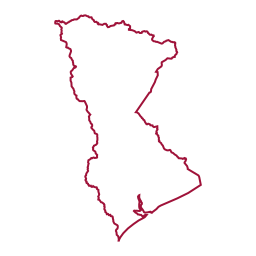 outline of Moma, Nampula, Mozambique
{"feature_id": "85939544B26201267157646", "entity_name": "Moma", "entity_type": "district", "adm_level": 2, "iso_a3": "MOZ", "parent_name": "Mozambique", "parent_adm1": "Nampula", "projection": "orthographic", "projection_center": [39.158, -16.396], "detail": "fine", "context": "isolated", "style": "outline", "palette": "rose", "viewbox_px": 256, "rotation_deg": 0, "n_neighbors": 0, "source": "geoboundaries", "source_scale": "gbopen_adm2", "svg_char_len": 5685}
<svg xmlns="http://www.w3.org/2000/svg" viewBox="0 0 256 256"><path d="M177.0,51.8L176.3,51.0L176.4,49.7L175.3,47.1L175.4,46.6L175.0,45.5L175.2,44.7L175.0,43.8L175.3,43.4L175.2,42.6L174.1,42.1L173.0,42.3L172.2,41.9L171.2,41.9L168.5,40.1L166.3,40.7L165.7,41.3L164.1,41.8L162.5,43.4L161.5,43.6L157.1,41.8L156.1,41.9L155.2,41.4L153.6,41.2L152.3,40.1L152.0,39.1L153.2,36.8L153.8,36.2L153.6,35.4L152.1,35.2L151.4,34.6L150.1,34.8L149.4,34.3L148.3,33.0L147.9,32.9L147.5,31.7L146.8,31.3L146.2,31.3L145.4,31.6L144.4,31.1L143.2,31.4L142.1,31.8L141.7,32.9L140.5,33.0L139.6,32.9L139.2,32.3L138.5,32.0L136.4,32.6L134.6,31.1L132.2,30.2L128.9,29.8L128.9,29.0L130.1,28.3L130.1,26.2L128.4,24.8L127.5,25.1L125.7,24.6L125.5,24.3L124.7,24.4L124.0,21.9L123.2,21.0L122.3,21.2L121.4,22.8L120.7,22.8L119.7,23.3L118.2,23.3L117.5,23.0L115.5,23.2L115.3,23.4L115.4,24.4L114.4,24.8L114.0,25.4L110.5,26.0L109.3,26.9L108.0,27.2L107.2,26.3L106.8,25.5L107.0,25.1L106.2,24.4L105.9,23.8L104.2,23.8L102.4,24.9L99.6,24.3L98.4,24.4L97.9,23.9L98.2,23.0L97.9,22.7L97.1,22.6L96.4,21.8L94.9,22.0L94.7,21.9L94.0,21.1L93.9,20.3L92.4,19.2L91.5,17.3L89.6,17.4L89.0,17.2L88.4,16.3L87.5,16.3L85.7,15.4L85.0,15.4L83.9,15.5L83.4,15.9L82.2,16.0L81.4,15.6L80.7,15.8L79.5,16.9L79.1,17.7L76.8,19.4L74.1,19.4L73.3,19.9L71.4,20.3L70.7,21.1L69.4,21.5L68.8,22.2L67.7,22.6L66.1,23.8L65.5,23.8L65.3,23.3L64.2,22.3L62.9,22.1L62.5,21.4L61.6,21.7L61.3,22.3L60.7,22.2L60.1,21.8L59.2,20.8L58.6,20.8L57.8,21.3L56.7,21.0L55.6,21.1L55.2,22.1L55.3,23.4L55.9,23.6L57.4,23.6L59.0,24.2L60.0,26.1L61.7,27.6L61.7,28.4L61.3,29.4L61.7,30.6L61.4,32.5L62.0,33.6L61.6,34.2L60.9,34.4L60.4,35.1L61.1,37.3L60.8,38.3L61.0,40.0L66.0,42.1L66.6,43.3L66.7,44.6L66.2,47.2L66.6,47.5L67.9,47.6L68.2,48.1L70.4,49.1L71.0,50.6L71.0,51.5L69.6,55.3L69.5,56.3L70.1,57.4L71.2,58.0L71.9,59.7L72.8,60.7L72.9,62.3L73.2,63.0L73.2,64.2L73.7,65.5L74.3,66.0L75.7,66.2L76.0,66.7L75.6,67.3L74.6,67.9L73.8,68.0L72.2,70.4L71.2,71.1L70.7,72.0L71.0,73.8L72.7,76.4L72.3,77.0L70.6,77.6L70.6,80.7L71.4,82.6L71.6,86.4L73.5,88.9L73.8,90.1L74.4,91.3L74.2,92.7L74.5,94.0L76.0,95.4L76.5,95.6L76.3,96.8L76.6,98.5L77.4,99.2L77.9,99.3L78.7,100.4L79.7,101.1L82.7,101.2L84.3,101.0L84.7,101.3L87.0,106.2L87.0,107.7L86.5,109.8L87.6,111.6L89.5,113.6L89.7,114.3L90.2,114.6L88.9,116.5L89.2,118.1L89.2,120.2L90.5,122.2L90.7,123.2L91.0,123.6L91.7,124.0L92.2,125.0L92.1,126.3L91.3,127.2L91.4,127.9L92.2,128.6L92.5,129.3L94.2,130.7L94.8,133.3L96.9,134.1L97.3,134.8L97.2,136.7L97.4,137.4L97.4,140.1L97.0,141.4L97.3,143.0L96.9,143.4L96.8,144.0L96.0,144.8L93.9,145.7L93.8,146.3L92.9,147.4L93.2,148.2L93.0,149.1L93.3,150.3L95.2,151.5L95.5,152.1L95.7,153.4L97.2,155.0L97.0,155.8L97.1,157.4L96.8,157.7L94.7,158.0L93.8,157.5L92.8,157.8L92.3,158.2L91.3,158.0L90.7,158.9L88.4,160.3L88.1,162.5L88.7,163.6L88.3,164.5L88.0,166.4L87.6,167.2L88.0,168.2L87.6,169.2L88.1,170.9L86.4,173.4L86.1,174.5L86.1,175.4L85.5,175.9L85.3,176.4L85.4,177.1L86.1,178.5L86.0,179.3L85.5,179.8L85.5,180.3L85.9,181.0L86.6,181.5L86.7,182.1L86.4,182.7L86.6,183.0L88.0,183.7L88.1,184.4L89.0,185.7L89.4,185.4L90.1,185.9L90.9,185.7L91.5,186.8L92.6,186.8L93.1,186.1L94.4,187.0L95.8,187.4L96.6,187.3L97.0,188.1L97.1,189.1L98.4,189.9L98.4,191.6L99.2,194.3L98.7,195.8L98.2,196.5L98.8,198.0L98.3,199.1L98.3,199.6L99.5,200.0L101.0,202.2L102.0,202.4L103.9,203.8L103.9,204.3L104.5,205.0L104.2,206.3L104.7,207.0L104.3,209.0L104.6,209.7L105.2,210.3L105.3,212.0L106.3,212.6L106.8,214.2L108.1,214.0L108.8,215.1L110.3,214.8L110.6,215.3L110.7,216.1L112.4,216.4L112.7,216.9L113.0,219.1L113.3,219.9L113.3,221.3L114.0,222.9L114.5,223.6L117.3,225.2L117.8,226.0L117.7,227.7L117.4,228.7L116.3,229.6L115.9,230.9L116.5,232.4L116.7,234.8L117.9,235.9L118.3,236.6L118.8,239.2L118.6,240.6L118.9,240.6L119.2,239.4L120.4,237.2L123.3,233.2L128.0,228.4L133.6,224.0L138.6,220.5L143.9,217.7L144.9,217.0L146.6,215.0L145.3,214.9L144.4,215.4L144.1,216.1L143.2,216.1L143.0,216.4L142.6,216.5L141.1,214.9L139.9,214.9L139.3,214.6L137.8,214.4L137.3,213.6L135.4,212.5L133.9,211.0L134.1,210.7L134.5,210.6L135.3,210.8L136.5,210.7L139.4,211.0L140.1,210.8L140.8,210.2L139.5,208.3L139.2,206.9L139.2,204.1L139.5,202.4L139.4,201.2L138.8,199.4L138.4,198.7L138.0,196.7L138.7,195.5L139.3,195.2L139.2,196.5L139.3,198.0L140.2,200.0L141.0,201.2L141.1,201.8L141.9,203.0L141.8,204.1L141.0,205.0L140.8,206.5L141.0,207.5L142.9,210.0L144.1,212.2L144.9,212.6L147.4,212.4L150.4,211.7L150.8,211.9L150.7,212.4L151.6,212.6L152.6,213.3L152.0,212.7L152.2,212.3L156.4,209.1L158.5,206.8L160.8,205.5L177.2,198.4L188.2,193.0L200.8,184.9L199.3,177.4L199.0,176.4L198.4,175.4L187.7,169.0L187.7,168.0L187.1,166.1L184.5,162.9L184.6,162.3L185.6,160.9L186.1,159.2L185.7,158.4L184.7,158.1L184.5,158.7L183.6,158.4L182.8,158.9L182.0,158.5L178.6,158.2L178.2,157.3L177.2,156.6L176.6,155.6L174.6,154.4L173.1,153.0L171.5,152.4L170.4,150.2L169.9,149.9L168.0,150.4L166.7,150.2L164.9,149.4L164.0,148.5L162.8,145.5L161.7,144.4L161.2,143.2L159.0,141.4L159.3,140.5L158.8,140.0L158.9,137.6L158.3,136.7L158.3,135.6L157.2,134.6L156.9,133.6L156.1,133.5L156.2,133.1L156.8,132.6L156.4,131.5L156.8,130.4L157.5,129.6L157.1,128.6L157.4,128.3L157.3,126.3L154.0,127.1L152.8,126.3L152.5,125.4L150.4,125.3L149.9,124.3L148.5,123.8L148.1,123.7L147.2,124.3L146.5,124.2L145.0,122.0L144.3,120.2L143.4,119.8L142.7,118.5L141.9,118.1L141.6,117.3L140.5,116.3L138.6,113.5L136.9,112.3L135.9,112.2L149.4,92.6L150.2,92.4L150.7,92.0L151.0,91.2L151.2,89.1L154.9,82.1L155.7,79.6L157.8,75.3L157.6,72.1L156.0,71.8L157.8,69.0L161.4,66.4L161.9,65.0L161.6,63.0L161.8,62.2L165.6,60.0L167.4,58.3L171.3,58.7L171.8,58.5L172.2,57.7L172.8,57.5L173.2,57.1L174.8,56.9L174.8,55.7L175.3,55.0L176.4,54.1L176.5,53.3L177.2,52.5L177.0,51.8Z" fill="none" stroke="#9f1239" stroke-width="2"/></svg>